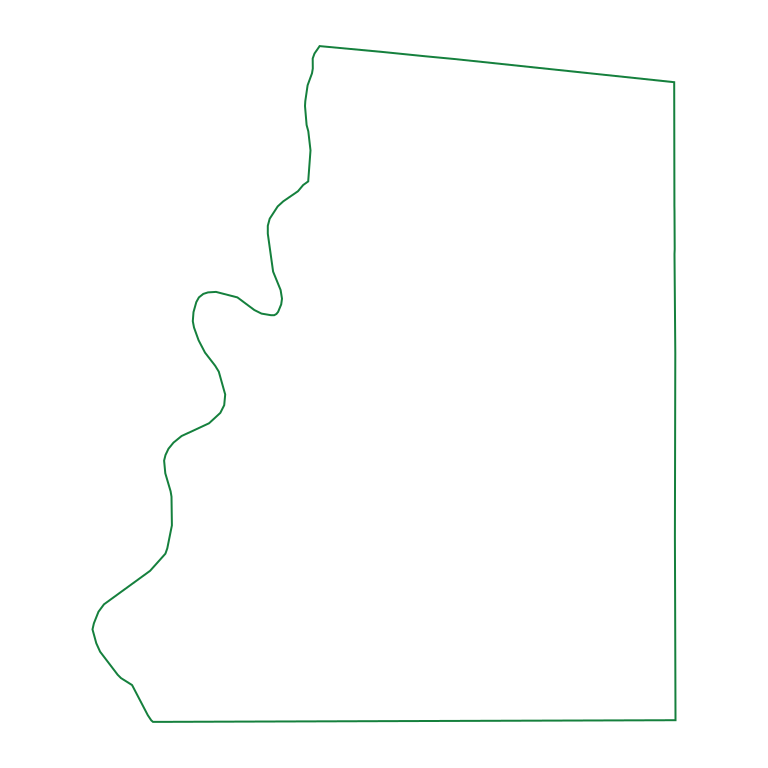 the district of Marshall, West Virginia, United States of America
{"feature_id": "52423323B69040166298082", "entity_name": "Marshall", "entity_type": "district", "adm_level": 2, "iso_a3": "USA", "parent_name": "United States of America", "parent_adm1": "West Virginia", "projection": "albers", "projection_center": [-80.751, 39.877], "detail": "fine", "context": "isolated", "style": "outline", "palette": "green", "viewbox_px": 768, "rotation_deg": 0, "n_neighbors": 0, "source": "geoboundaries", "source_scale": "gbopen_adm2", "svg_char_len": 1156}
<svg xmlns="http://www.w3.org/2000/svg" viewBox="0 0 768 768"><path d="M173.5,442.6L168.5,448.7L165.5,455.0L164.1,460.6L165.3,473.3L170.6,491.3L171.5,496.7L171.9,525.4L167.3,548.3L165.4,553.7L150.1,570.8L104.0,604.3L98.5,611.7L93.9,623.3L92.5,629.4L96.3,643.3L100.1,651.7L117.7,674.8L121.0,678.1L132.1,685.1L147.8,715.2L151.2,720.3L153.0,721.9L675.5,720.2L675.1,592.9L674.9,536.9L675.3,353.5L674.5,254.0L674.7,249.2L674.5,211.5L674.4,205.5L674.4,199.5L674.4,199.0L674.4,196.9L674.2,82.2L454.2,59.0L425.6,56.3L384.0,52.1L319.6,46.1L319.5,46.3L314.5,53.5L312.7,58.5L312.8,68.5L312.0,73.3L307.6,85.3L305.3,101.1L305.0,106.0L306.6,125.0L308.3,131.3L310.5,150.4L308.2,181.4L303.2,185.0L298.0,191.2L283.3,201.3L277.7,206.4L269.7,218.7L267.8,225.8L267.8,233.7L273.1,271.6L280.6,290.0L282.0,298.7L281.2,304.4L278.1,311.9L276.4,314.0L274.2,315.2L271.0,315.2L261.5,313.6L254.3,310.0L237.4,297.4L216.0,291.9L208.0,292.4L203.3,293.9L198.9,297.4L196.3,302.1L193.5,312.1L192.8,321.2L194.0,327.5L198.6,340.3L205.0,352.6L215.2,365.8L218.8,371.7L225.2,394.5L224.2,405.2L220.3,412.9L209.0,423.3L181.6,436.0L173.5,442.6Z" fill="none" stroke="#15803d" stroke-width="2"/></svg>